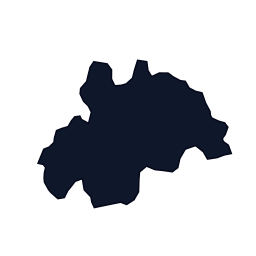 Chilgok-gun, North Gyeongsang, South Korea, rotated 164°
{"feature_id": "91817680B44952414610796", "entity_name": "Chilgok-gun", "entity_type": "district", "adm_level": 2, "iso_a3": "KOR", "parent_name": "South Korea", "parent_adm1": "North Gyeongsang", "projection": "robinson", "projection_center": [128.47, 35.999], "detail": "fine", "context": "isolated", "style": "filled", "palette": "ink", "viewbox_px": 256, "rotation_deg": 164, "n_neighbors": 0, "source": "geoboundaries", "source_scale": "gbopen_adm2", "svg_char_len": 1217}
<svg xmlns="http://www.w3.org/2000/svg" viewBox="0 0 256 256"><g transform="rotate(164 128 128)"><path d="M182.3,60.8L162.6,59.3L155.5,58.7L150.4,54.9L142.0,57.4L135.5,63.7L131.7,75.6L129.1,82.5L120.7,86.3L113.6,80.6L105.9,77.5L97.5,73.7L91.1,76.2L86.6,84.4L78.8,91.9L67.9,92.5L62.1,84.4L60.1,76.2L50.5,75.0L42.7,75.6L35.7,75.0L36.3,83.8L40.2,88.8L40.2,91.9L36.3,95.0L31.8,101.3L33.7,106.3L38.9,109.5L44.7,114.5L45.3,117.6L44.6,121.4L46.6,130.8L47.2,141.4L53.0,144.6L58.2,149.6L60.1,157.1L64.6,159.0L70.4,164.6L74.3,169.7L82.7,172.2L91.1,170.9L93.0,177.8L91.7,186.6L100.1,190.4L105.9,181.6L109.8,174.7L117.5,170.9L122.7,170.9L129.1,172.2L130.4,179.7L127.8,188.5L130.4,195.4L142.6,201.1L147.8,196.7L148.9,194.6L151.7,189.8L154.9,184.1L162.6,179.1L164.6,174.1L163.3,165.9L160.1,160.3L158.8,153.4L164.6,143.3L170.4,149.0L171.0,152.7L176.2,153.4L180.7,150.2L185.2,145.8L191.6,145.8L197.4,145.2L201.3,138.9L203.2,134.5L206.8,132.6L209.0,131.4L214.8,130.8L224.2,118.9L219.4,116.3L218.1,112.6L220.6,108.2L222.6,102.6L223.2,98.8L221.3,90.6L220.0,87.5L214.8,79.4L208.4,78.7L203.2,84.4L198.7,87.5L193.6,91.3L185.8,91.9L187.1,80.6L182.6,71.9L183.2,66.8L182.3,60.8Z" fill="#0f172a" stroke="#020617" stroke-width="1.5"/></g></svg>